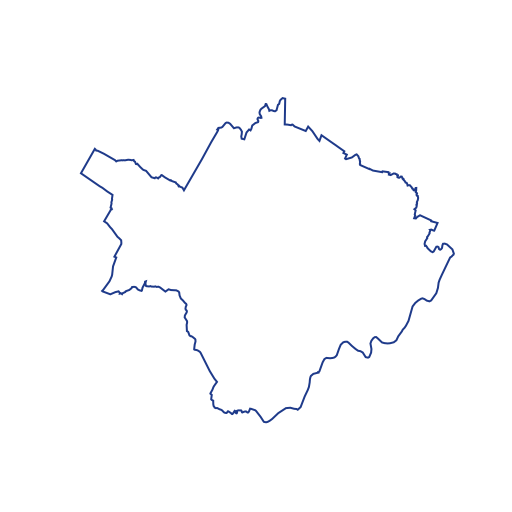 the district of Kota Surakarta, Jawa Tengah, Indonesia, rotated 15°
{"feature_id": "22746128B33460906687482", "entity_name": "Kota Surakarta", "entity_type": "district", "adm_level": 2, "iso_a3": "IDN", "parent_name": "Indonesia", "parent_adm1": "Jawa Tengah", "projection": "natural_earth1", "projection_center": [110.818, -7.559], "detail": "fine", "context": "isolated", "style": "outline", "palette": "blue", "viewbox_px": 512, "rotation_deg": 15, "n_neighbors": 0, "source": "geoboundaries", "source_scale": "gbopen_adm2", "svg_char_len": 6150}
<svg xmlns="http://www.w3.org/2000/svg" viewBox="0 0 512 512"><g transform="rotate(15 256 256)"><path d="M185.9,143.7L186.8,143.6L186.8,144.6L186.3,146.7L183.3,157.5L178.7,176.5L169.4,211.2L167.2,209.0L164.5,208.7L163.6,208.1L163.2,208.6L162.1,207.3L160.1,206.5L159.5,205.7L155.4,205.4L154.1,204.8L153.7,205.3L147.6,203.6L144.0,202.2L143.6,202.4L142.7,204.7L142.0,205.1L141.4,206.4L139.6,205.9L138.8,206.0L138.4,206.4L138.1,207.1L134.7,207.0L127.8,202.2L125.1,202.0L124.2,201.7L121.1,200.0L117.6,197.7L117.3,198.1L116.2,198.2L114.7,196.2L113.8,196.0L112.9,194.9L111.2,195.7L109.9,195.7L107.6,196.1L104.7,197.5L103.1,197.8L102.2,198.2L101.6,198.2L97.6,199.8L96.5,200.8L95.0,199.9L82.6,196.6L75.9,195.3L74.3,195.5L73.5,194.7L72.6,194.2L65.5,221.4L87.0,229.1L90.0,229.9L95.7,232.2L101.6,234.1L102.1,238.2L102.5,238.9L102.4,241.5L102.9,242.8L103.0,246.9L104.2,247.3L104.4,247.7L104.0,248.4L104.2,248.5L103.9,248.7L100.3,261.8L103.8,263.0L107.6,265.9L109.9,267.3L117.2,273.3L119.3,274.3L121.7,275.7L122.5,278.0L122.8,279.3L119.4,293.3L121.4,293.6L120.6,303.0L121.9,311.3L121.9,313.2L121.0,318.4L117.2,328.2L116.4,329.6L117.0,329.9L125.2,330.7L129.5,327.3L132.4,325.7L133.7,326.7L134.2,326.8L134.2,327.6L135.4,327.0L136.5,327.5L136.8,326.5L139.1,324.6L139.1,324.1L139.5,323.6L142.4,321.6L144.1,319.3L144.3,318.1L146.0,317.4L147.1,317.2L148.4,317.4L150.5,318.9L152.4,319.3L154.5,319.3L154.7,318.8L154.6,315.9L155.7,310.9L155.5,309.5L156.2,309.0L156.2,310.7L156.5,311.5L157.3,313.3L158.0,313.5L160.6,313.1L161.9,312.4L162.8,312.6L165.6,312.0L166.6,311.4L168.0,311.6L169.7,310.9L171.4,311.2L177.7,313.8L180.2,310.8L182.7,310.9L187.9,309.8L190.3,310.3L191.2,311.0L192.4,313.9L194.4,316.5L197.0,317.9L199.4,319.6L200.9,320.3L201.4,320.9L201.6,321.6L201.3,323.1L201.5,325.1L202.0,326.0L203.2,326.7L203.6,327.5L203.6,328.5L202.7,331.8L203.0,333.8L206.3,336.8L206.7,338.2L206.8,340.5L208.7,346.4L210.1,346.8L212.3,349.9L213.5,350.4L214.4,350.2L216.2,350.8L218.6,351.9L219.1,352.4L219.7,354.3L219.7,357.4L220.4,362.1L220.8,362.4L223.2,362.2L224.5,362.4L226.6,363.1L227.6,363.9L241.1,379.1L247.5,385.2L250.9,387.7L249.2,392.2L248.8,393.7L248.5,396.5L247.5,400.6L247.7,400.9L249.2,401.6L249.8,406.0L250.6,406.5L252.1,406.8L253.1,410.2L253.9,411.9L254.8,412.5L255.2,413.1L256.4,413.4L257.9,412.9L260.5,413.5L261.7,413.5L263.2,413.9L265.5,415.3L266.8,415.5L268.1,415.3L268.4,415.0L269.0,413.3L269.4,413.2L272.2,414.1L273.7,414.9L274.1,414.8L274.4,414.3L275.5,411.0L276.0,411.1L276.5,412.5L277.5,413.0L278.0,413.0L278.2,412.6L278.2,411.9L277.7,410.5L278.8,409.7L281.7,409.0L282.0,409.2L282.8,410.5L283.2,410.7L285.1,409.3L286.5,408.7L288.3,409.4L289.0,409.1L289.5,407.7L289.8,405.0L290.9,404.9L295.2,405.2L296.2,405.7L302.0,410.1L306.1,413.8L306.7,414.2L308.8,414.0L310.2,413.2L311.8,411.7L313.8,409.2L318.2,402.0L324.3,395.2L328.4,393.7L332.4,393.7L334.8,393.3L336.1,393.7L338.2,390.4L339.4,379.0L340.7,372.0L341.0,368.8L340.6,364.4L340.0,361.1L339.9,358.9L340.1,357.6L341.9,355.0L346.0,352.7L345.0,352.1L346.4,352.4L347.1,350.9L347.9,341.4L348.8,337.8L350.4,336.2L354.0,335.6L356.5,334.6L358.0,333.7L358.8,332.7L359.7,331.0L360.2,324.3L360.8,319.8L362.6,316.8L364.0,315.9L366.1,315.2L367.7,315.7L372.0,318.1L376.1,320.0L379.1,321.1L381.5,320.9L384.1,321.6L388.1,325.3L390.5,325.2L391.5,324.3L392.2,319.6L391.6,316.0L389.2,310.9L389.4,308.0L390.6,305.0L391.8,303.6L393.1,303.2L395.2,304.2L400.1,306.9L402.7,306.9L405.8,306.4L408.0,305.6L411.4,303.7L413.4,301.1L414.2,296.7L416.4,291.1L416.8,289.2L418.1,286.8L418.9,284.5L420.1,279.2L420.3,264.2L422.0,260.1L424.2,257.0L426.6,254.5L427.8,253.8L429.9,254.0L432.5,254.9L435.3,254.9L436.7,253.6L439.8,245.3L440.0,239.7L439.3,234.5L439.5,231.4L440.4,226.0L443.9,207.2L445.0,206.0L446.0,204.1L446.4,203.7L446.5,202.5L444.0,198.8L437.5,195.4L435.1,195.2L433.5,195.8L433.3,197.3L433.6,200.1L433.1,201.4L432.2,202.3L431.0,201.9L430.0,200.2L429.0,199.9L427.8,200.4L426.5,205.6L425.6,206.6L423.6,206.2L419.6,204.0L419.4,203.6L417.6,202.1L416.7,202.5L415.7,200.7L415.6,198.0L416.8,194.5L416.5,194.2L416.4,193.2L416.8,192.7L417.8,189.3L417.8,188.9L417.5,188.5L417.8,186.1L417.3,185.7L418.5,185.1L420.9,185.5L421.6,185.4L422.8,177.1L416.3,177.1L416.3,176.5L416.0,176.3L403.9,174.2L401.5,176.7L400.7,178.4L399.0,178.6L399.3,175.6L398.6,174.9L398.4,170.6L396.9,169.8L398.3,167.8L398.3,166.1L397.7,165.2L397.7,164.9L398.1,164.9L397.9,163.1L397.4,162.4L397.8,160.1L397.6,158.0L396.7,156.1L395.8,156.1L395.2,155.4L395.4,154.0L395.0,153.5L393.9,153.2L393.7,151.0L393.2,148.8L392.6,149.0L392.4,149.5L392.5,151.2L391.9,151.8L391.1,151.6L390.0,150.4L389.4,150.4L388.8,149.5L386.2,147.8L385.1,148.1L384.2,148.7L383.1,146.8L382.5,146.3L381.5,146.4L380.3,145.1L379.0,144.4L378.8,143.6L378.4,143.3L378.0,143.7L377.6,143.5L376.3,141.6L375.4,141.7L374.2,143.3L373.2,143.5L372.1,143.1L372.1,142.2L372.4,141.6L372.3,141.4L372.0,141.6L371.2,141.3L370.8,140.6L369.5,140.7L369.2,140.4L367.7,140.6L365.1,143.0L363.4,143.0L363.5,142.1L363.2,142.3L362.9,142.1L362.9,141.6L362.3,140.7L356.3,141.5L356.2,142.4L346.8,143.2L343.1,142.4L343.0,142.7L333.3,141.2L332.9,141.0L332.8,140.3L332.5,140.2L332.1,137.8L331.9,137.7L331.6,136.7L331.3,136.5L331.0,135.4L330.6,135.3L330.0,134.7L329.1,133.2L326.9,131.8L325.8,132.6L323.1,136.0L317.9,139.2L316.8,138.8L317.5,134.6L313.8,133.9L314.2,132.0L288.0,122.4L287.5,128.4L285.2,127.0L278.1,120.8L272.9,117.5L271.7,122.4L259.8,120.9L257.3,119.6L256.4,120.0L256.0,120.6L252.6,120.9L249.7,121.5L243.5,96.5L240.8,96.6L239.3,98.8L238.9,100.2L239.0,103.1L238.1,104.3L238.1,109.9L236.9,111.3L235.5,111.4L233.7,111.1L232.3,111.5L231.3,112.3L230.6,111.0L228.2,108.5L226.7,106.6L226.0,106.7L225.9,108.9L223.2,112.2L222.5,113.4L222.2,115.5L222.3,116.7L223.0,118.1L224.8,119.7L225.5,121.1L225.0,121.4L222.9,121.5L222.3,121.9L222.0,122.7L222.0,123.4L223.3,125.0L223.4,125.8L223.3,126.2L221.0,127.7L218.6,130.9L218.6,134.4L218.2,136.1L216.6,135.6L214.9,139.1L214.5,146.3L211.8,146.4L210.8,144.3L210.7,142.2L210.2,139.5L208.7,137.9L207.1,136.7L206.0,136.3L204.0,136.8L201.6,138.3L196.8,135.0L194.9,134.4L193.1,134.7L192.2,135.5L190.1,140.1L189.1,141.0L186.5,142.0L185.9,143.7Z" fill="none" stroke="#1e3a8a" stroke-width="2"/></g></svg>